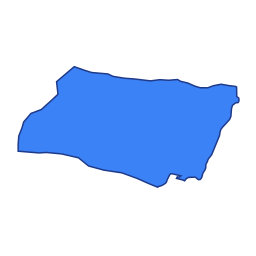 Al Qubbah, Robinson projection, rotated 95°
{"feature_id": "LBY-2986", "entity_name": "Al Qubbah", "entity_type": "Municipality", "adm_level": 1, "iso_a3": "LBY", "parent_name": "Libya", "parent_adm1": "", "projection": "robinson", "projection_center": [22.615, 31.87], "detail": "fine", "context": "isolated", "style": "filled", "palette": "blue", "viewbox_px": 256, "rotation_deg": 95, "n_neighbors": 0, "source": "natural_earth", "source_scale": "10m", "svg_char_len": 1261}
<svg xmlns="http://www.w3.org/2000/svg" viewBox="0 0 256 256"><g transform="rotate(95 128 128)"><path d="M77.7,23.4L87.0,22.4L87.4,22.0L88.3,20.6L88.7,20.2L90.6,19.9L91.5,19.9L92.5,20.2L93.2,20.8L93.3,21.4L93.3,22.0L93.6,23.0L96.3,25.9L99.7,26.6L107.5,26.5L110.8,27.6L119.1,34.0L120.7,35.0L122.2,35.6L123.7,35.9L127.6,36.2L147.3,42.3L151.9,45.3L153.4,45.8L154.3,45.9L157.1,47.1L158.3,47.2L161.2,47.1L163.1,47.7L166.6,49.5L170.4,50.1L172.0,50.8L173.1,51.8L173.3,53.2L172.8,54.3L171.4,56.1L171.1,57.0L171.9,63.1L172.7,64.7L174.0,65.9L175.7,67.0L175.0,68.9L174.0,75.3L172.3,74.6L172.6,73.6L172.4,72.8L171.8,72.0L171.1,71.2L169.8,79.4L169.9,81.4L171.2,82.5L176.3,84.5L178.2,84.9L179.6,85.7L181.2,87.6L182.6,89.8L183.7,92.8L184.4,93.2L184.2,93.9L181.5,102.7L177.4,114.6L173.2,130.2L172.1,148.2L169.3,163.9L162.0,174.7L159.6,191.8L159.5,207.1L160.6,214.6L160.7,235.4L153.9,236.0L145.5,236.1L137.0,233.6L131.0,232.4L121.9,225.9L117.2,216.0L107.0,206.5L100.5,200.7L88.1,203.2L71.6,186.9L74.3,176.4L75.9,169.0L75.9,152.8L77.9,147.3L78.7,136.2L78.6,126.0L79.1,109.8L77.1,100.5L76.9,91.7L75.4,82.9L76.9,79.7L78.0,72.3L80.5,65.0L81.6,59.5L81.0,52.1L78.4,46.5L76.3,39.1L77.0,30.8L77.2,24.6L77.3,24.5L77.7,23.4Z" fill="#3b82f6" stroke="#1e3a8a" stroke-width="1.5"/></g></svg>